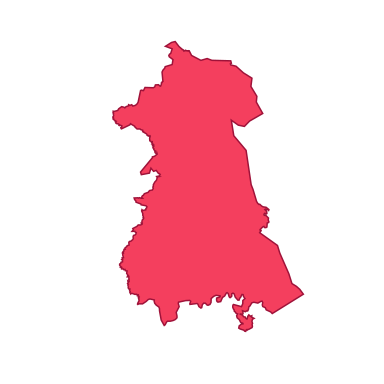 General Heliodoro Castillo, Guerrero, Mexico (orthographic projection), rotated 163°
{"feature_id": "50627088B85707069751061", "entity_name": "General Heliodoro Castillo", "entity_type": "district", "adm_level": 2, "iso_a3": "MEX", "parent_name": "Mexico", "parent_adm1": "Guerrero", "projection": "orthographic", "projection_center": [-99.963, 17.72], "detail": "fine", "context": "isolated", "style": "filled", "palette": "rose", "viewbox_px": 384, "rotation_deg": 163, "n_neighbors": 0, "source": "geoboundaries", "source_scale": "gbopen_adm2", "svg_char_len": 6018}
<svg xmlns="http://www.w3.org/2000/svg" viewBox="0 0 384 384"><g transform="rotate(163 192 192)"><path d="M150.8,52.3L115.4,61.7L117.4,67.4L119.7,71.2L123.2,75.2L123.3,85.5L125.9,107.9L125.9,115.9L139.2,133.3L137.2,134.8L137.3,135.2L138.0,135.3L137.9,136.2L134.6,137.9L133.3,138.1L133.0,136.8L131.8,136.3L130.6,136.6L129.1,140.4L127.7,140.4L127.2,140.9L127.3,143.0L126.5,144.7L128.1,147.8L129.7,148.6L129.7,149.7L128.6,150.4L127.9,149.9L127.8,149.2L126.7,149.5L126.3,151.5L127.5,154.0L126.7,154.2L126.0,153.2L124.8,153.2L124.1,152.0L123.6,152.7L125.6,155.7L128.3,157.0L129.5,158.2L130.8,160.5L131.7,160.6L132.5,162.1L133.0,164.1L132.9,176.5L133.3,181.7L128.1,216.0L135.6,233.6L133.4,249.2L128.2,242.4L122.7,239.4L116.2,243.0L101.4,246.4L104.2,259.2L102.0,264.5L104.8,275.7L101.4,283.3L108.0,290.9L113.1,299.4L117.8,302.2L117.8,303.4L116.7,303.6L116.6,306.1L134.5,312.1L138.5,315.2L145.0,315.3L152.5,322.7L153.4,327.9L154.2,328.2L154.6,327.9L155.0,328.4L156.5,328.8L156.6,329.4L158.5,329.1L158.6,330.2L159.4,331.1L159.6,330.9L160.2,331.0L159.5,331.1L161.9,334.9L164.1,340.8L167.9,341.0L174.8,339.1L169.1,334.7L171.8,330.8L173.3,330.3L174.3,329.2L174.2,327.9L171.5,324.2L173.7,319.7L181.0,319.7L181.9,318.4L184.2,317.0L185.6,315.4L187.5,306.2L188.2,306.2L188.6,305.4L189.4,305.3L189.7,304.1L191.1,302.4L191.6,302.6L192.7,304.4L195.7,305.1L196.9,303.4L198.5,303.0L206.4,305.7L208.7,303.2L209.2,303.2L210.2,304.1L211.5,304.1L217.3,293.6L218.6,292.4L220.8,291.4L223.5,291.5L224.1,293.1L226.0,293.0L227.1,294.0L227.5,293.0L230.1,292.9L231.6,292.1L232.2,292.9L234.3,294.2L237.8,293.0L239.2,291.7L242.4,291.8L243.8,292.3L244.0,289.7L244.1,290.6L244.3,290.7L244.6,287.8L245.3,287.2L245.5,285.4L245.9,285.9L246.1,284.6L243.9,281.8L244.8,281.5L244.4,280.7L244.6,279.9L243.5,279.0L242.8,278.9L241.9,277.9L242.4,277.1L242.1,276.8L241.3,277.1L239.7,275.8L240.2,274.8L241.2,274.5L241.3,273.4L241.0,273.0L231.7,274.4L230.9,275.3L227.6,271.6L227.6,270.9L226.1,268.3L223.3,267.5L222.9,266.7L221.1,265.5L221.4,264.8L220.8,264.0L221.2,263.8L218.7,261.1L218.2,260.2L218.4,259.5L217.5,258.4L216.9,258.6L216.6,257.8L215.7,258.0L215.6,257.6L216.8,255.8L217.4,253.3L216.5,252.5L216.3,251.5L215.4,251.6L215.8,250.7L215.5,249.9L216.3,249.6L215.2,248.5L216.1,248.3L216.2,247.7L215.1,247.5L215.0,247.1L216.5,245.7L215.8,244.7L216.1,244.0L215.7,242.6L214.8,241.7L215.8,241.2L215.7,240.2L214.8,239.0L214.2,239.6L214.2,238.4L217.4,237.1L219.6,237.2L219.8,236.4L235.4,226.1L235.4,223.4L227.2,222.5L224.3,226.8L222.7,223.0L219.9,223.1L218.6,219.4L217.8,219.2L217.3,218.0L218.8,216.9L219.7,217.0L218.9,216.4L221.2,216.7L220.9,216.1L222.6,213.6L224.7,212.4L226.9,210.2L227.3,208.7L228.0,208.2L228.0,206.8L229.3,205.5L232.2,205.8L234.0,204.5L238.1,204.3L239.5,203.0L240.4,203.0L241.1,202.4L241.7,201.6L241.1,200.5L242.5,200.9L243.8,201.9L244.8,201.7L245.2,202.2L249.1,203.2L249.1,201.5L248.3,199.9L248.5,198.6L244.4,195.5L244.4,194.6L240.1,192.3L239.4,191.2L240.0,190.1L240.9,189.7L241.4,188.5L244.5,188.7L245.0,189.7L245.7,188.7L245.4,185.6L245.9,184.2L245.7,182.8L246.3,181.7L245.8,181.2L246.7,180.2L247.8,179.7L248.8,177.8L248.6,176.8L249.2,176.0L249.5,176.3L249.4,175.7L250.8,175.5L253.1,176.2L254.8,175.2L259.3,174.4L259.1,173.1L260.9,171.9L258.1,171.1L258.0,170.2L257.2,169.5L258.1,168.0L259.3,167.5L260.6,167.6L261.5,166.3L261.7,164.7L262.6,163.8L265.0,162.8L266.1,163.0L266.8,162.7L267.3,161.9L267.6,159.7L269.8,159.6L270.3,158.9L272.3,158.2L272.8,157.4L272.7,156.8L273.8,157.0L274.6,155.3L275.2,155.3L276.1,154.4L275.4,154.3L275.4,153.5L276.2,153.3L276.7,152.1L276.7,149.3L278.1,149.4L278.0,148.0L278.9,147.9L278.4,147.0L278.9,145.5L280.3,145.6L281.2,144.4L282.2,144.3L282.6,143.3L282.1,141.7L282.4,141.2L281.8,141.2L281.9,140.4L281.3,140.3L281.8,139.0L280.1,138.5L280.0,137.7L278.7,137.5L278.8,136.2L277.2,135.5L278.3,133.2L277.3,130.5L278.1,130.7L278.7,129.8L277.3,129.6L277.6,127.5L278.1,127.1L277.8,126.3L278.4,125.7L278.4,124.7L278.9,124.6L279.4,125.4L279.6,123.8L280.4,123.3L279.9,122.2L280.5,121.8L280.6,119.7L281.1,119.0L280.6,117.5L279.8,117.3L280.6,115.7L280.2,114.9L280.8,114.1L280.4,112.4L279.9,112.8L278.7,112.4L276.4,110.7L275.3,110.6L274.6,110.1L274.6,109.2L274.1,109.6L273.4,109.4L273.5,108.5L273.9,108.4L273.3,107.2L274.0,107.0L273.8,106.2L274.2,106.1L274.3,103.7L276.4,101.5L276.9,100.7L276.7,100.3L275.5,100.6L271.9,99.5L267.9,100.7L265.3,102.0L263.5,102.0L259.6,99.8L260.1,98.7L260.2,96.5L259.3,94.3L257.3,91.7L257.2,90.1L257.8,87.8L258.9,78.6L257.6,72.5L256.5,72.9L254.2,75.2L253.2,75.6L250.6,74.8L247.7,74.6L245.4,74.9L243.7,75.7L243.1,76.2L242.6,77.8L242.3,81.5L237.8,86.1L237.7,89.5L237.1,90.6L229.8,90.0L225.9,89.0L225.2,87.9L226.8,85.7L226.8,85.1L219.8,83.9L219.2,83.2L218.9,80.4L217.4,78.4L216.5,78.6L215.1,81.2L213.3,82.3L211.7,81.7L210.7,79.6L209.8,79.0L207.7,79.2L206.1,80.8L204.8,84.5L201.7,85.9L199.2,86.2L195.5,84.5L195.6,83.9L196.2,83.4L199.4,83.4L200.1,81.6L200.1,80.0L199.4,79.1L196.6,78.8L193.7,82.2L191.2,83.0L188.6,85.4L187.9,85.5L187.1,84.4L187.1,81.0L186.7,80.0L186.1,79.8L184.4,80.8L183.7,83.1L182.4,83.3L181.5,82.3L181.4,78.8L179.7,75.1L178.5,74.9L177.5,76.4L176.4,77.0L174.2,79.4L173.1,78.9L173.3,77.1L172.5,74.6L175.1,73.4L176.1,70.4L178.2,67.9L185.2,72.3L185.9,71.9L186.4,70.9L186.7,69.9L186.6,67.9L186.2,67.4L186.4,65.4L185.7,64.7L185.3,63.1L184.0,62.1L185.5,60.6L185.6,58.5L184.1,56.1L183.6,53.1L181.7,51.5L181.8,51.0L183.2,51.3L186.0,50.2L187.1,48.2L186.0,46.9L182.8,44.7L182.3,43.5L181.4,43.0L180.4,44.3L179.9,44.4L179.6,43.8L178.9,44.2L178.1,44.0L174.2,44.8L173.5,45.8L173.2,48.0L172.5,48.6L172.5,50.8L171.4,52.6L169.6,53.0L171.6,54.9L171.8,55.3L171.2,55.6L171.0,56.2L172.3,56.0L173.6,57.9L175.0,56.8L176.4,54.5L177.0,54.7L177.6,55.7L177.6,56.8L179.2,57.7L179.6,59.4L182.1,61.5L179.4,60.3L178.6,61.1L178.4,63.7L176.0,61.9L174.9,62.3L173.8,62.0L173.7,62.4L173.2,62.3L172.5,63.0L171.1,65.7L170.0,66.0L167.2,68.5L165.1,68.5L161.5,66.5L157.9,67.3L156.9,67.1L156.7,65.5L157.8,63.5L157.8,61.8L155.7,59.9L155.5,57.6L151.8,54.3L150.8,52.3Z" fill="#f43f5e" stroke="#9f1239" stroke-width="1.5"/></g></svg>